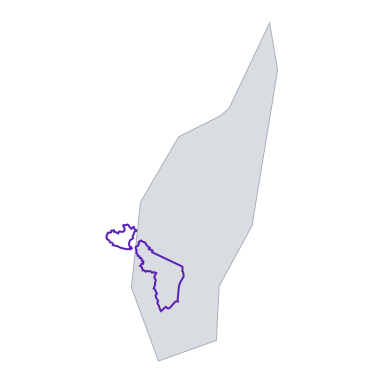 Ngatpang, Aimeliik, Palau shown in context
{"feature_id": "81905179B51358963868347", "entity_name": "Ngatpang", "entity_type": "district", "adm_level": 2, "iso_a3": "PLW", "parent_name": "Palau", "parent_adm1": "Aimeliik", "projection": "mercator", "projection_center": [134.507, 7.458], "detail": "medium", "context": "in_parent", "style": "outline", "palette": "violet", "viewbox_px": 384, "rotation_deg": 0, "n_neighbors": 0, "source": "geoboundaries", "source_scale": "gbopen_adm2", "svg_char_len": 2132}
<svg xmlns="http://www.w3.org/2000/svg" viewBox="0 0 384 384"><path d="M216.4,340.4L158.5,361.0L131.4,287.5L140.5,202.2L178.8,136.7L220.5,115.7L229.1,108.2L269.6,23.0L277.6,70.0L252.0,225.7L219.1,286.3L216.4,340.4Z" fill="#d9dde1" stroke="#a8b0b8" stroke-width="1"/><path d="M142.7,270.3L143.7,270.2L145.9,271.7L146.6,270.9L148.7,271.4L150.4,271.1L152.0,272.7L152.8,272.2L153.6,272.6L154.8,272.3L156.2,273.1L154.3,276.9L154.5,277.9L155.7,279.9L155.8,280.8L155.0,282.6L155.0,285.1L153.7,288.5L154.6,288.9L156.7,293.2L156.9,293.8L155.8,294.9L155.6,295.8L156.0,297.4L158.2,301.0L157.5,302.2L157.4,303.4L158.7,305.4L160.4,310.3L161.1,311.2L165.8,306.8L167.8,308.4L168.6,308.5L170.3,307.4L175.3,301.6L176.4,301.3L177.8,301.7L177.7,298.8L179.0,286.0L180.3,282.3L183.7,276.4L183.2,272.2L182.2,271.0L182.6,268.4L182.4,266.6L152.0,252.2L152.6,250.9L152.5,250.4L150.7,249.7L149.1,249.5L148.8,248.9L149.9,248.0L149.9,247.7L147.4,246.2L144.9,242.4L142.7,241.7L141.2,240.5L138.9,241.8L138.6,242.6L138.8,244.0L138.1,245.6L136.2,246.6L135.5,247.7L136.6,250.4L136.4,252.9L137.5,254.2L137.6,255.7L139.5,256.4L139.7,257.9L141.1,258.1L141.5,258.6L141.4,259.5L142.6,260.3L142.2,261.3L143.4,261.7L143.1,262.4L143.3,263.5L142.9,263.9L142.4,263.5L141.3,264.0L140.9,264.6L141.0,265.5L140.3,266.0L141.3,266.4L141.6,267.4L142.1,267.7L142.1,268.6L142.6,269.1L142.7,270.3ZM131.8,248.2L131.4,247.6L131.1,248.3L130.9,247.7L130.0,247.3L128.9,244.1L129.9,240.4L133.1,238.2L132.6,235.9L133.8,234.4L134.5,231.7L135.2,231.1L136.1,231.1L136.4,230.8L136.2,230.1L134.5,229.2L133.8,226.9L132.8,227.3L131.2,228.8L129.5,226.9L128.8,225.6L127.5,224.5L125.4,225.3L123.7,225.0L123.3,225.5L123.5,226.7L124.6,228.7L124.7,230.0L124.4,230.7L123.0,231.8L121.6,231.9L119.9,231.4L119.0,231.7L118.2,233.5L116.1,232.3L114.5,231.6L114.1,231.7L114.0,230.3L111.2,230.7L111.4,231.8L111.2,232.2L110.2,232.8L108.5,232.5L107.4,233.4L107.4,234.4L106.6,235.5L106.8,236.2L106.4,237.8L107.0,238.5L107.2,239.3L108.7,240.0L110.2,242.5L111.7,242.6L112.6,243.4L113.3,244.8L113.0,245.2L117.2,246.1L120.4,247.7L126.5,249.2L130.4,249.1L131.8,248.2Z" fill="none" stroke="#5b21b6" stroke-width="2"/></svg>